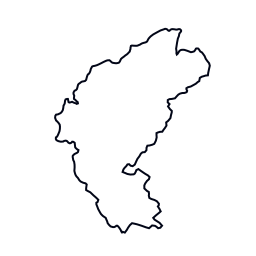 Khoiniki, Gomel, Belarus (Albers equal-area conic projection), rotated 7°
{"feature_id": "67162791B63950130624576", "entity_name": "Khoiniki", "entity_type": "district", "adm_level": 2, "iso_a3": "BLR", "parent_name": "Belarus", "parent_adm1": "Gomel", "projection": "albers", "projection_center": [29.942, 51.823], "detail": "fine", "context": "isolated", "style": "outline", "palette": "ink", "viewbox_px": 256, "rotation_deg": 7, "n_neighbors": 0, "source": "geoboundaries", "source_scale": "gbopen_adm2", "svg_char_len": 4382}
<svg xmlns="http://www.w3.org/2000/svg" viewBox="0 0 256 256"><g transform="rotate(7 128 128)"><path d="M134.8,232.4L135.4,231.7L137.6,232.2L139.3,229.2L140.2,227.0L141.7,224.2L143.6,222.0L146.1,222.2L148.8,222.5L151.0,222.9L153.6,223.4L158.0,224.4L161.1,224.9L161.9,224.0L163.8,221.8L166.7,221.8L168.2,222.5L170.1,223.8L172.3,223.0L173.0,221.8L173.7,220.8L170.9,218.3L165.5,215.7L164.0,214.1L166.3,211.4L169.0,208.6L170.6,206.8L169.1,204.5L167.2,202.2L167.9,201.1L167.9,199.4L165.6,197.2L163.0,196.2L159.8,195.6L157.7,194.8L156.9,192.6L156.9,190.9L156.4,188.9L154.6,188.2L151.6,186.0L151.2,183.0L151.8,181.0L153.3,178.2L155.0,176.3L155.4,174.0L153.5,172.6L150.9,171.5L149.3,170.7L146.0,169.0L143.3,167.5L141.4,168.8L141.0,170.5L140.3,172.4L139.3,173.3L136.1,173.9L133.0,173.7L129.9,172.8L128.0,172.3L128.5,169.7L129.5,167.9L130.9,166.1L131.9,164.2L133.5,163.8L135.2,165.1L137.3,165.3L139.2,163.5L140.4,159.6L141.2,157.3L142.7,154.8L143.9,151.9L145.3,150.4L147.6,149.9L149.0,147.8L148.8,145.3L149.4,143.2L151.6,142.7L154.2,141.6L156.0,140.5L157.2,137.2L157.6,133.8L157.2,131.8L156.9,129.6L158.2,128.8L160.2,127.9L162.5,127.5L163.5,125.4L164.6,123.6L165.9,120.9L165.2,117.8L166.9,116.1L168.9,113.0L169.1,110.0L169.5,107.2L169.4,105.7L167.3,104.1L165.1,101.7L166.3,99.2L164.3,97.7L164.1,95.4L165.6,94.3L168.0,93.8L171.0,92.8L172.5,90.6L173.9,88.7L175.5,87.5L177.5,86.7L179.9,86.3L181.8,85.3L182.2,83.9L181.3,82.5L181.1,81.4L182.6,80.2L185.2,79.2L187.3,77.7L189.9,75.8L191.6,73.9L193.0,72.8L193.2,69.5L195.0,68.1L196.9,67.3L198.6,66.5L200.9,66.0L200.9,63.5L201.2,60.0L201.6,56.2L200.6,53.8L198.3,51.6L196.7,49.8L195.3,47.3L193.5,45.3L192.2,44.0L190.5,43.3L189.6,42.3L188.9,41.4L188.0,40.6L186.6,40.6L185.7,41.0L185.4,42.0L184.4,43.8L183.0,44.5L181.2,45.1L178.9,44.5L177.7,44.2L176.7,44.0L174.6,43.6L173.7,43.6L172.0,43.8L170.7,44.3L169.7,45.2L169.2,46.2L168.2,48.3L167.5,49.1L167.0,48.1L166.8,45.9L166.1,43.5L166.3,37.2L166.6,33.1L167.3,30.6L167.4,28.8L167.5,27.9L168.3,26.7L168.9,25.6L168.8,24.6L167.7,23.7L166.8,23.6L165.9,23.8L164.6,24.4L163.6,24.5L162.5,24.4L160.5,24.4L159.3,24.6L158.6,25.0L158.0,25.5L157.5,26.2L156.9,26.6L156.0,26.3L154.7,25.3L153.5,25.0L152.6,25.1L151.3,25.8L148.4,27.2L145.0,29.6L141.7,32.0L139.4,34.2L138.4,35.5L137.6,36.7L137.2,37.6L136.4,39.8L135.2,40.8L133.4,41.5L131.8,42.2L130.5,43.1L129.7,43.8L128.4,44.5L127.4,45.1L126.2,45.4L124.0,45.6L121.8,45.7L120.9,46.2L120.9,46.5L120.7,47.8L120.8,49.4L120.5,50.7L120.4,51.9L119.4,53.2L118.7,54.2L117.7,55.3L116.6,56.2L115.3,57.6L113.7,59.1L112.7,60.2L112.3,61.3L111.9,62.7L111.2,64.1L110.1,64.7L108.3,65.2L106.4,65.2L104.5,65.1L103.3,64.4L102.2,63.5L101.2,63.0L99.2,63.4L98.0,64.0L96.7,64.8L95.6,65.5L93.4,67.0L91.1,68.5L89.4,69.5L87.3,70.4L85.9,70.8L84.9,71.4L84.5,72.3L83.8,74.3L83.8,75.3L83.4,77.1L82.7,78.8L81.6,79.8L81.1,81.6L80.8,83.6L80.6,85.3L79.6,86.6L77.9,87.2L76.8,87.5L75.6,88.4L74.7,89.4L73.7,90.2L73.2,91.1L73.0,92.3L72.8,94.1L72.5,95.7L71.6,96.8L70.4,97.5L69.7,99.1L69.6,99.8L69.8,100.9L70.7,102.5L70.7,104.0L70.7,105.1L71.0,105.9L72.2,106.4L73.4,107.5L74.9,108.4L75.3,109.7L74.1,110.3L73.3,109.9L70.9,109.4L69.3,108.8L67.9,109.5L66.6,109.9L65.8,109.5L65.4,108.2L64.8,106.5L63.9,106.6L62.6,107.2L62.2,108.6L62.2,110.0L62.2,111.3L61.8,112.6L61.3,113.5L61.3,115.0L61.3,116.1L61.1,118.2L60.4,119.9L59.3,121.4L56.8,123.0L55.0,123.5L54.4,124.7L54.4,124.9L54.4,126.8L55.7,129.3L56.9,130.1L58.5,131.5L59.8,133.0L60.3,134.9L60.5,137.2L60.5,137.4L60.4,139.5L59.9,141.4L59.3,143.5L58.6,145.3L57.6,146.1L57.7,147.7L58.5,148.8L60.4,149.5L62.8,149.8L65.2,149.4L66.2,148.6L67.9,148.1L69.2,148.5L70.7,149.9L72.2,150.3L73.6,149.5L74.3,148.4L75.5,148.4L76.9,149.2L77.5,151.8L77.9,153.5L78.5,154.2L80.2,155.4L81.5,155.9L81.3,157.9L80.6,158.7L79.4,159.5L78.0,160.4L76.6,162.2L76.6,163.4L77.6,166.6L78.6,168.0L79.4,170.8L79.8,173.5L80.0,177.1L80.6,178.7L81.5,180.7L82.7,182.3L84.4,183.7L86.0,185.7L87.5,186.9L90.2,187.8L92.6,188.1L93.9,189.1L93.8,191.4L93.8,193.0L94.0,194.7L95.9,195.5L98.4,196.4L100.0,197.6L102.0,199.1L104.4,200.7L105.9,201.8L107.3,202.9L106.8,205.2L105.7,206.0L105.9,207.6L107.0,209.6L108.3,212.1L110.6,215.3L111.7,216.7L113.7,218.3L115.2,219.1L116.8,219.9L117.9,221.9L118.7,223.2L119.4,224.9L120.9,226.4L122.7,227.8L125.2,228.2L126.4,228.0L127.7,227.2L128.4,226.4L129.3,226.3L130.4,227.0L132.1,228.8L133.3,230.3L134.0,231.6L134.8,232.4Z" fill="none" stroke="#020617" stroke-width="2"/></g></svg>